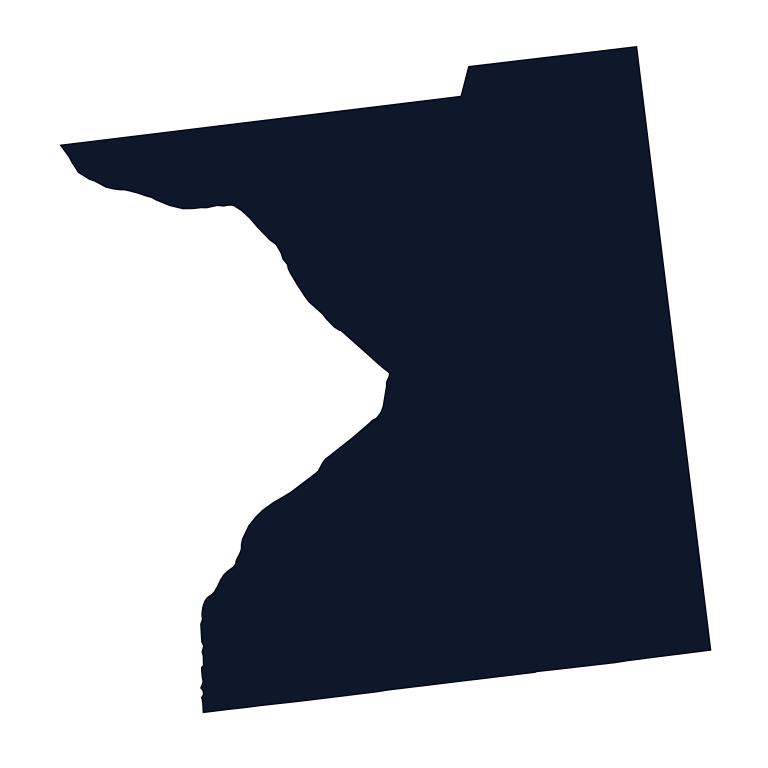 the district of Roberts, South Dakota, United States of America, rotated 173°
{"feature_id": "52423323B57962410347725", "entity_name": "Roberts", "entity_type": "district", "adm_level": 2, "iso_a3": "USA", "parent_name": "United States of America", "parent_adm1": "South Dakota", "projection": "robinson", "projection_center": [-96.708, 45.616], "detail": "fine", "context": "isolated", "style": "filled", "palette": "ink", "viewbox_px": 768, "rotation_deg": 173, "n_neighbors": 0, "source": "geoboundaries", "source_scale": "gbopen_adm2", "svg_char_len": 1739}
<svg xmlns="http://www.w3.org/2000/svg" viewBox="0 0 768 768"><g transform="rotate(173 384 384)"><path d="M92.3,687.9L261.1,688.6L272.4,660.0L675.7,660.3L668.8,647.9L666.3,641.5L661.3,631.2L651.3,623.2L646.6,621.0L636.0,613.5L628.9,610.8L622.2,609.1L617.3,608.4L604.9,603.6L597.7,600.0L591.9,597.7L587.4,594.4L574.7,587.3L562.0,582.6L551.6,581.5L544.3,581.5L538.7,580.7L527.6,581.7L521.4,580.3L517.4,580.6L513.6,580.3L511.0,579.3L504.3,573.8L497.0,565.3L490.2,555.1L479.8,541.2L474.3,536.0L473.3,534.3L470.1,526.7L468.9,520.3L465.7,515.3L465.0,513.4L464.8,509.8L463.4,505.8L457.7,492.9L451.8,480.8L448.2,474.6L436.0,460.7L433.1,455.6L426.2,446.6L422.1,443.3L419.9,442.2L394.1,412.9L387.6,405.4L387.3,405.0L383.4,400.7L380.1,397.5L377.0,394.0L377.8,391.0L381.1,385.5L381.7,381.2L387.4,361.9L390.1,356.5L393.9,352.3L396.3,350.4L400.3,349.1L401.3,348.0L421.4,334.5L451.6,316.2L454.5,313.0L459.7,305.5L463.8,302.8L489.9,287.6L508.3,279.6L519.5,273.5L527.3,267.5L535.3,259.7L543.2,247.3L544.9,242.0L545.6,237.4L547.2,234.1L552.0,227.0L552.8,224.1L554.1,222.1L555.9,220.5L561.4,217.5L565.8,214.3L569.6,209.9L574.0,203.0L578.0,197.8L580.7,195.8L585.4,193.3L588.4,189.9L591.0,184.4L592.7,177.4L592.7,172.8L593.5,170.9L595.0,167.9L596.2,150.3L595.1,147.0L594.9,145.3L597.0,140.5L596.4,136.1L597.4,126.4L599.4,125.0L599.8,122.1L600.0,114.9L599.7,110.9L600.6,108.5L602.7,104.7L601.9,103.3L601.1,102.4L600.7,98.7L601.1,97.5L603.1,95.0L602.8,93.6L602.7,88.6L603.3,80.1L593.1,80.1L577.3,80.1L569.9,80.0L561.3,79.9L545.3,80.0L529.3,79.8L513.4,79.6L497.5,79.5L428.1,79.5L417.6,79.9L349.3,79.8L268.9,79.6L267.6,80.1L252.8,79.9L188.5,79.4L177.1,79.8L156.4,80.0L92.3,80.2L92.3,439.5L92.3,687.9Z" fill="#0f172a" stroke="#020617" stroke-width="1.5"/></g></svg>